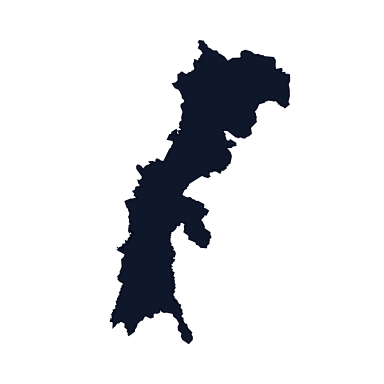 outline of Tena, Napo, Ecuador, rotated 116°
{"feature_id": "8360857B35780226802256", "entity_name": "Tena", "entity_type": "district", "adm_level": 2, "iso_a3": "ECU", "parent_name": "Ecuador", "parent_adm1": "Napo", "projection": "natural_earth1", "projection_center": [-77.608, -0.944], "detail": "fine", "context": "isolated", "style": "filled", "palette": "ink", "viewbox_px": 384, "rotation_deg": 116, "n_neighbors": 0, "source": "geoboundaries", "source_scale": "gbopen_adm2", "svg_char_len": 6082}
<svg xmlns="http://www.w3.org/2000/svg" viewBox="0 0 384 384"><g transform="rotate(116 192 192)"><path d="M341.4,207.7L341.7,208.8L342.1,208.2L343.1,208.8L343.9,208.5L343.2,207.2L343.6,205.4L348.0,203.6L345.6,202.6L342.7,202.5L341.7,200.6L339.7,199.9L339.0,198.9L339.1,194.2L342.7,192.9L343.4,189.9L345.0,188.5L345.6,188.9L346.8,186.8L347.9,186.8L348.4,186.0L342.5,182.9L340.9,183.6L337.5,183.2L334.3,183.8L329.8,182.1L328.8,180.7L324.5,180.4L323.3,179.6L323.2,174.1L321.4,172.3L318.6,173.8L316.6,172.4L316.4,170.7L315.2,169.4L314.2,168.7L312.0,169.6L311.1,168.6L312.2,167.0L312.4,164.7L310.8,162.1L309.2,155.6L311.6,153.7L312.3,150.0L315.7,145.1L318.9,145.2L322.0,143.4L323.0,138.9L326.3,138.1L328.4,135.6L329.4,128.7L324.8,127.3L322.5,128.1L320.5,130.8L318.6,130.8L316.5,136.6L313.6,138.9L314.1,139.9L312.8,143.1L312.0,143.2L312.2,144.1L310.3,144.5L310.6,146.2L309.6,145.5L309.5,147.0L308.0,147.9L305.6,147.4L304.0,149.7L303.5,149.1L302.6,149.6L301.7,152.2L298.8,152.8L298.7,155.2L297.7,156.6L297.9,157.9L297.1,157.4L296.2,158.4L296.8,159.3L297.5,159.0L296.2,160.0L296.9,160.7L296.0,160.6L296.4,161.4L294.5,162.0L293.1,164.6L289.1,164.3L289.3,165.8L288.2,165.7L288.2,166.8L287.0,166.4L286.9,165.0L286.6,165.8L285.5,165.4L283.9,167.1L282.7,166.9L282.3,168.0L280.6,168.8L281.0,170.1L279.9,170.4L279.3,169.6L278.2,170.7L276.9,170.5L276.7,171.8L276.0,172.0L276.5,173.2L275.5,173.9L274.2,172.7L272.4,173.1L272.5,174.5L273.4,175.4L270.3,176.0L270.4,177.5L268.8,178.5L268.0,177.8L268.0,179.1L267.4,178.5L266.5,179.5L265.1,179.8L264.9,178.7L263.6,179.0L261.7,178.1L260.7,178.3L261.0,179.4L260.0,181.3L258.1,180.8L258.1,179.7L254.7,180.2L253.0,182.1L253.8,185.0L253.0,185.3L251.3,184.1L249.9,185.7L250.2,186.7L249.5,187.8L247.7,188.4L246.7,190.1L244.2,191.3L243.9,192.2L242.5,191.7L241.3,192.8L240.4,192.4L239.8,193.8L238.7,193.0L236.9,193.8L235.7,192.3L233.4,191.3L230.6,190.9L228.4,191.9L227.9,189.0L226.6,188.7L225.6,189.6L224.8,189.4L222.8,186.9L223.6,185.7L223.6,183.5L225.8,183.8L228.7,182.0L231.3,181.5L232.2,175.6L235.6,174.0L235.1,166.7L236.9,165.0L236.4,162.9L237.7,159.9L235.6,154.8L233.7,155.6L230.7,154.4L229.2,155.8L228.3,155.2L227.6,156.2L224.3,155.4L222.2,157.8L220.7,158.2L219.6,165.6L217.5,166.1L214.4,170.2L213.7,172.4L208.5,171.0L207.0,171.7L206.4,169.3L201.8,169.2L201.4,172.8L202.3,174.5L198.3,176.1L198.0,182.4L199.0,184.4L198.4,186.5L199.0,188.0L198.0,191.0L199.8,194.2L199.6,200.2L193.5,200.4L191.0,198.7L189.6,200.0L188.7,198.7L187.0,198.5L186.2,199.1L172.1,190.3L172.5,188.6L171.9,184.2L170.1,183.0L169.4,184.6L166.6,185.0L165.7,184.7L164.6,182.4L163.0,182.3L163.0,181.1L162.1,181.7L162.6,175.2L159.4,175.3L158.5,173.5L155.5,172.0L153.9,173.5L152.5,171.7L150.9,172.0L149.5,170.7L142.7,172.5L140.5,174.5L138.7,177.5L138.2,179.8L137.4,180.3L136.6,180.0L134.6,176.4L132.5,175.7L131.3,173.6L130.6,173.2L129.9,174.3L129.1,174.2L128.5,180.3L129.9,180.0L131.1,183.6L126.7,187.9L125.8,187.6L124.4,190.6L122.7,191.1L120.9,187.1L123.1,176.5L122.2,175.6L122.8,174.4L120.9,172.7L120.8,169.6L119.8,168.0L118.5,167.9L116.5,165.9L113.5,164.5L108.7,167.9L100.6,165.2L99.6,166.3L96.1,167.6L95.8,168.7L94.1,169.3L92.6,171.6L88.7,170.6L83.3,170.8L79.5,166.4L78.7,167.2L78.1,166.7L77.5,165.3L75.5,163.6L75.0,161.5L74.5,161.8L74.2,158.3L72.8,157.2L74.0,152.8L74.6,152.8L74.2,152.0L75.1,150.5L74.9,146.9L75.4,145.6L70.6,143.3L69.0,145.6L63.4,146.7L57.5,149.7L53.1,153.0L49.4,153.2L44.2,155.8L44.3,157.5L46.0,159.1L44.1,161.1L45.5,163.3L45.5,164.6L43.2,164.6L41.9,165.7L45.6,170.3L42.8,172.6L37.3,175.0L35.6,177.7L39.1,186.8L38.5,187.7L39.4,189.8L39.5,192.8L41.4,195.7L40.5,200.5L41.4,206.0L44.2,208.7L46.4,208.5L49.0,206.7L50.8,207.3L54.2,213.9L59.3,217.1L56.7,222.3L56.2,227.2L56.8,228.2L54.7,231.6L56.4,235.5L55.6,237.5L55.7,241.6L53.7,243.1L53.4,245.6L51.7,247.9L52.8,251.6L54.5,251.8L55.1,250.1L56.3,249.2L59.6,249.2L60.2,245.4L62.9,242.0L64.9,243.5L68.1,243.2L69.2,244.0L71.8,242.9L72.1,247.4L73.5,246.6L75.9,246.7L80.2,242.9L82.3,243.6L83.7,244.9L84.7,244.6L86.5,247.1L88.7,247.7L89.4,250.1L88.8,253.4L89.4,254.2L90.6,254.0L92.6,255.9L97.8,253.1L101.0,254.1L103.2,256.7L105.5,252.7L105.2,249.5L106.1,247.1L109.3,243.1L111.5,241.7L112.0,239.6L113.3,238.2L114.6,237.7L117.9,239.8L119.7,239.4L123.7,235.0L129.6,233.7L131.5,232.2L133.8,232.1L134.1,233.1L136.2,232.9L137.2,231.5L139.4,231.4L139.4,229.3L141.4,228.4L143.2,230.8L145.5,228.4L147.4,229.5L145.5,232.4L143.5,232.6L143.0,233.5L147.1,236.0L149.5,235.4L150.3,237.1L155.3,237.0L153.8,231.4L156.8,229.6L159.2,230.1L161.2,229.6L163.4,230.6L177.6,230.6L177.9,233.6L178.5,234.4L177.7,235.3L177.7,237.8L179.1,238.3L180.2,236.9L181.9,238.5L182.1,240.7L183.6,243.3L184.3,241.5L185.3,241.2L189.1,244.7L192.7,245.6L193.2,246.3L191.6,248.9L191.4,251.3L191.9,252.6L193.4,252.7L195.3,251.4L199.4,243.6L201.6,242.4L204.8,243.8L205.2,245.4L207.2,243.7L207.8,241.9L208.9,241.2L210.7,241.3L211.2,243.2L212.3,244.3L215.2,243.6L217.2,245.2L218.3,242.3L220.1,242.3L220.6,240.3L221.8,238.6L224.6,242.3L225.1,242.1L225.2,243.7L229.7,247.8L230.9,246.9L231.2,245.6L232.1,245.7L232.3,244.8L233.8,244.1L234.7,241.4L236.5,240.5L237.3,238.9L240.0,237.7L242.0,237.9L244.0,235.7L246.5,234.7L246.6,233.8L248.7,233.2L250.1,233.6L250.5,232.9L253.0,232.5L253.6,231.3L254.3,231.9L255.3,231.1L255.6,230.4L253.5,229.8L255.3,228.1L254.0,228.2L254.2,226.7L256.4,226.7L257.7,228.6L259.2,227.4L260.8,228.2L260.6,227.1L262.1,228.5L264.4,227.3L264.5,228.3L265.4,227.9L265.2,230.0L267.5,228.3L269.5,231.1L271.3,230.2L272.5,231.3L272.8,230.1L273.9,232.6L274.9,232.7L274.9,233.5L275.7,232.2L276.5,233.1L277.0,224.5L280.4,224.2L283.5,225.4L289.9,221.7L295.2,221.4L296.8,220.3L300.5,221.5L301.3,220.4L302.7,220.0L303.7,217.4L303.7,213.9L304.9,213.0L306.6,213.1L307.4,212.5L307.4,213.3L308.8,212.7L309.6,213.3L312.2,212.2L313.5,212.8L313.6,211.9L314.6,212.4L316.6,211.0L317.7,212.0L318.1,211.2L320.3,212.1L322.0,211.2L323.5,211.8L326.7,209.4L327.7,210.4L330.6,208.8L331.2,209.5L331.1,208.6L332.9,209.6L333.0,210.4L333.9,209.5L334.9,210.3L336.7,209.8L337.2,210.4L338.1,208.8L339.3,209.0L340.3,207.7L341.4,207.7Z" fill="#0f172a" stroke="#020617" stroke-width="1.5"/></g></svg>